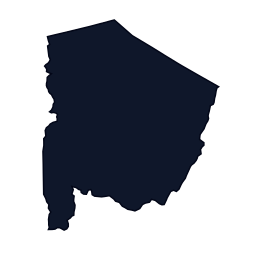 the district of Barro, Ceará, Brazil, rotated 94°
{"feature_id": "56859067B69548867722169", "entity_name": "Barro", "entity_type": "district", "adm_level": 2, "iso_a3": "BRA", "parent_name": "Brazil", "parent_adm1": "Ceará", "projection": "albers", "projection_center": [-38.751, -7.111], "detail": "fine", "context": "isolated", "style": "filled", "palette": "ink", "viewbox_px": 256, "rotation_deg": 94, "n_neighbors": 0, "source": "geoboundaries", "source_scale": "gbopen_adm2", "svg_char_len": 2137}
<svg xmlns="http://www.w3.org/2000/svg" viewBox="0 0 256 256"><g transform="rotate(94 128 128)"><path d="M46.1,109.5L35.6,130.2L21.2,149.2L29.5,173.5L38.0,200.3L40.1,207.1L42.5,214.7L46.6,213.4L50.1,211.9L51.8,213.9L62.1,211.9L65.2,210.3L67.2,211.1L69.0,212.3L70.5,214.3L72.1,215.5L73.5,214.2L75.3,213.1L77.4,213.2L78.5,210.5L79.2,208.2L81.2,210.4L83.1,212.1L86.9,212.0L89.2,212.4L91.4,212.3L93.2,211.6L95.0,210.2L97.3,209.6L98.8,208.4L100.0,206.6L102.3,205.3L104.3,203.8L107.4,203.0L109.5,204.2L112.4,204.3L115.5,205.6L117.3,207.4L118.2,205.5L117.7,203.5L118.0,201.2L119.3,199.2L121.9,199.9L123.7,199.2L126.3,199.2L127.6,203.1L129.5,205.9L131.5,207.2L133.4,209.4L136.3,210.4L139.6,209.8L141.8,209.4L144.5,211.3L147.3,211.0L151.2,210.7L157.2,211.2L170.3,210.0L177.7,209.4L200.0,207.5L204.2,205.0L207.3,203.9L209.8,201.6L213.5,201.8L215.6,200.4L217.2,199.1L219.7,200.5L224.7,200.9L227.6,200.5L230.2,200.3L232.7,199.6L234.8,200.3L234.4,196.1L233.9,193.7L232.3,191.5L232.3,188.9L234.3,184.6L232.9,182.1L230.4,180.7L227.7,180.9L224.2,182.3L221.7,179.2L219.8,177.9L218.8,176.0L215.5,176.1L211.6,175.5L208.6,175.5L205.0,177.1L202.8,177.2L199.6,177.0L198.1,179.4L193.4,178.3L190.2,179.9L191.1,175.4L192.7,173.0L193.2,170.7L195.6,170.1L197.0,167.7L197.0,164.9L192.8,163.3L192.0,160.8L193.6,159.8L197.0,159.1L198.3,156.6L198.5,149.6L197.9,146.5L196.8,141.8L199.8,137.2L201.9,135.3L202.8,131.4L206.4,128.2L207.6,125.4L209.1,122.5L209.6,118.3L210.2,115.3L207.6,110.7L203.3,108.2L201.7,105.5L200.5,101.4L197.5,99.6L198.3,95.7L201.3,91.4L202.2,88.8L201.8,86.6L199.3,85.6L197.0,84.7L195.0,84.1L188.3,81.0L186.9,78.2L187.9,75.3L185.5,72.9L180.7,71.1L178.4,70.0L174.1,67.3L171.6,66.6L162.2,63.1L160.5,62.1L158.4,59.7L155.6,57.8L153.4,56.9L151.3,56.5L148.7,53.3L144.3,54.2L141.7,52.8L139.9,51.1L137.3,51.3L136.1,53.3L134.4,55.8L131.7,55.8L129.4,55.6L126.5,53.9L123.5,52.1L121.4,51.5L118.3,50.5L115.3,48.9L112.9,48.3L110.4,49.0L108.6,48.8L105.7,48.2L99.9,47.4L98.4,44.7L96.5,44.0L92.3,43.7L89.3,43.1L84.8,42.7L81.9,42.1L80.5,40.5L75.1,51.8L71.1,60.2L62.4,78.2L60.2,82.6L53.0,96.5L46.1,109.5Z" fill="#0f172a" stroke="#020617" stroke-width="1.5"/></g></svg>